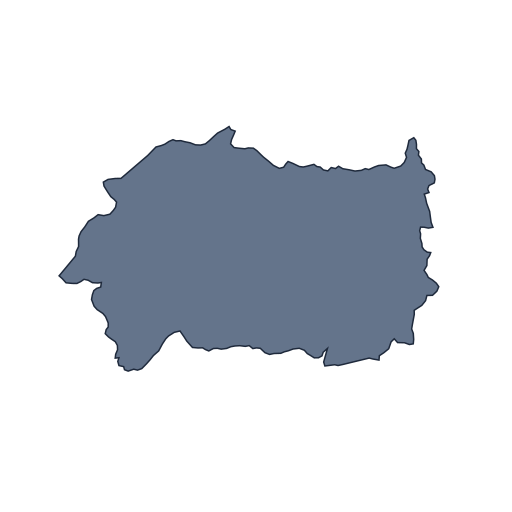 Itirapina, São Paulo, Brazil, rotated 253°
{"feature_id": "56859067B43093187714346", "entity_name": "Itirapina", "entity_type": "district", "adm_level": 2, "iso_a3": "BRA", "parent_name": "Brazil", "parent_adm1": "São Paulo", "projection": "albers", "projection_center": [-47.835, -22.292], "detail": "fine", "context": "isolated", "style": "filled", "palette": "slate", "viewbox_px": 512, "rotation_deg": 253, "n_neighbors": 0, "source": "geoboundaries", "source_scale": "gbopen_adm2", "svg_char_len": 3152}
<svg xmlns="http://www.w3.org/2000/svg" viewBox="0 0 512 512"><g transform="rotate(253 256 256)"><path d="M294.6,61.9L291.0,64.1L285.9,66.5L283.5,72.3L282.1,76.7L282.8,81.0L284.0,84.7L281.9,88.4L278.3,91.8L276.4,96.9L275.9,100.4L271.7,98.4L271.6,94.1L270.3,90.8L266.8,88.2L262.5,86.0L255.3,86.5L251.2,88.4L245.8,92.8L242.0,94.4L235.2,95.1L231.3,93.9L229.4,91.2L225.8,89.1L221.7,91.3L219.0,93.3L215.2,96.4L211.0,97.3L206.8,96.2L203.1,93.1L199.5,91.5L198.8,95.2L195.6,93.0L191.3,92.9L188.9,97.1L185.7,97.0L183.3,100.1L183.5,106.0L181.5,109.3L181.7,113.8L185.0,119.9L187.7,124.3L190.8,128.8L193.7,135.2L199.2,140.7L203.2,145.5L205.1,149.0L206.9,155.5L206.5,161.4L199.6,163.6L194.9,164.9L191.2,166.6L187.1,168.5L185.0,173.7L183.8,178.1L181.3,180.3L179.0,183.1L180.0,188.2L179.0,192.1L177.1,195.5L176.2,200.9L176.6,205.5L176.1,209.6L175.0,214.2L172.7,219.4L172.3,223.3L168.4,225.9L168.0,229.5L166.5,233.1L160.9,236.3L157.9,240.2L157.5,244.7L155.7,251.3L156.1,255.1L155.9,259.1L156.2,264.3L155.1,270.4L151.7,274.7L147.7,276.5L145.1,278.9L141.6,281.9L140.4,286.0L141.2,289.9L144.4,292.2L146.7,297.3L134.8,289.7L130.7,289.7L129.0,299.5L127.3,302.4L126.9,307.1L125.3,334.4L123.3,337.7L120.5,343.2L124.6,344.8L126.1,349.9L128.5,355.8L134.4,360.1L136.4,364.0L131.8,366.1L129.6,372.7L126.5,376.8L126.0,380.7L130.1,382.4L136.0,383.8L140.7,383.5L144.7,385.5L153.9,390.3L157.8,391.4L158.9,395.1L160.3,400.1L163.7,405.1L168.3,407.9L166.8,413.3L169.5,418.7L173.2,421.8L177.3,420.5L181.5,417.7L185.1,414.5L188.3,414.0L193.1,412.5L196.9,416.6L202.9,418.7L205.6,422.1L208.2,424.1L209.6,420.9L212.9,418.4L216.1,417.5L219.4,418.3L224.8,418.3L229.1,419.9L232.3,419.9L235.5,421.8L234.4,425.1L232.3,429.0L231.7,433.6L236.9,433.3L241.3,434.0L247.9,435.1L256.5,434.6L262.2,435.1L266.0,435.0L266.1,440.0L269.9,439.7L272.8,442.0L273.8,447.9L277.1,449.6L280.7,450.1L285.3,448.1L289.2,443.4L293.9,443.1L296.6,441.5L300.4,442.5L304.9,440.8L308.3,442.3L311.7,440.8L315.8,442.1L319.9,442.7L323.0,441.5L321.8,436.1L317.3,433.6L313.9,431.6L310.7,428.8L306.3,428.8L302.1,425.1L299.7,420.7L299.5,413.8L301.6,410.9L305.1,407.0L305.9,403.4L306.7,399.7L306.5,395.3L305.7,389.2L307.6,386.0L307.1,381.8L308.3,375.5L311.2,370.3L314.1,364.5L317.7,361.2L316.4,357.6L318.6,353.8L316.4,349.6L318.6,345.6L322.3,343.4L323.7,340.4L326.7,338.2L327.0,330.8L327.3,327.2L328.9,323.6L333.7,318.4L337.0,314.3L335.2,311.3L332.8,308.4L333.0,303.9L337.6,299.1L343.2,295.6L348.3,292.1L351.3,290.4L356.5,287.6L359.9,285.0L361.6,280.2L361.8,276.7L364.2,270.9L366.1,266.7L370.7,264.5L374.5,266.7L378.8,270.4L381.5,272.6L384.3,268.9L387.7,268.1L386.3,263.2L384.8,255.2L382.7,250.7L380.0,245.2L378.0,240.4L378.3,235.4L380.0,230.6L383.6,226.0L386.0,221.5L388.3,217.8L389.5,213.2L391.5,210.6L391.0,206.3L389.6,201.6L389.3,197.8L389.5,192.2L383.8,181.9L369.7,149.6L371.3,144.0L372.5,136.9L371.3,131.6L367.3,131.1L363.8,132.0L359.8,133.1L355.2,134.5L351.6,136.9L348.3,138.4L343.7,136.0L341.3,132.9L338.7,128.5L339.1,122.3L341.7,117.1L339.8,112.1L338.2,105.9L333.9,100.8L330.4,95.8L326.9,92.7L324.0,91.2L320.2,90.1L316.9,89.1L312.9,85.4L308.6,83.2L294.6,61.9Z" fill="#64748b" stroke="#1e293b" stroke-width="1.5"/></g></svg>